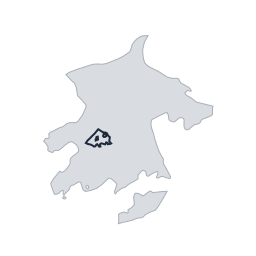 location of Yevlakh Rayon within Azerbaijan, rotated 287°
{"feature_id": "AZE-1688", "entity_name": "Yevlakh Rayon", "entity_type": "District", "adm_level": 1, "iso_a3": "AZE", "parent_name": "Azerbaijan", "parent_adm1": "", "projection": "orthographic", "projection_center": [47.016, 40.691], "detail": "fine", "context": "in_parent", "style": "outline", "palette": "slate", "viewbox_px": 256, "rotation_deg": 287, "n_neighbors": 0, "source": "natural_earth", "source_scale": "10m", "svg_char_len": 3987}
<svg xmlns="http://www.w3.org/2000/svg" viewBox="0 0 256 256"><g transform="rotate(287 128 128)"><path d="M173.7,202.9L172.8,202.8L165.7,204.7L164.2,204.2L158.1,196.6L156.8,195.7L154.2,195.4L152.7,194.2L151.4,192.1L150.7,190.6L144.4,186.5L143.5,185.0L143.3,183.6L144.2,182.4L145.3,181.4L148.3,180.3L151.8,179.4L152.9,178.7L153.5,177.6L153.4,175.8L152.8,174.1L147.7,170.9L147.1,169.6L147.0,167.9L147.2,166.1L148.0,164.7L152.1,162.8L154.3,160.8L152.9,158.7L148.4,153.8L143.0,148.4L139.5,148.4L135.5,150.1L129.0,154.7L125.5,156.7L120.8,160.0L115.7,163.7L111.5,167.6L108.9,170.8L104.2,172.2L101.9,174.9L94.0,182.9L91.8,182.8L91.7,178.8L91.8,175.6L91.3,173.8L88.8,171.3L88.8,170.2L89.5,169.5L91.4,169.9L93.9,169.8L95.1,168.8L92.5,165.5L90.1,163.3L88.1,161.8L87.7,160.9L87.7,160.3L88.1,159.5L91.5,157.7L91.9,156.1L91.7,154.2L86.3,151.4L82.2,152.4L78.6,149.3L76.3,146.9L73.4,144.3L70.8,142.9L68.4,139.6L64.1,136.3L61.3,135.3L61.4,134.8L61.9,134.2L63.1,133.7L70.8,133.9L71.7,133.3L72.2,131.9L73.3,129.8L74.5,126.8L74.5,124.2L66.8,119.9L61.3,115.9L57.5,110.8L55.0,106.1L55.1,104.5L55.9,103.0L61.9,98.8L62.3,97.7L62.2,97.0L60.1,94.8L57.5,92.5L56.7,90.8L55.1,89.9L51.9,89.8L46.4,86.9L45.2,86.6L45.0,86.0L45.3,85.5L49.2,84.4L49.2,83.5L48.0,82.3L45.8,81.3L43.8,79.1L43.1,77.0L50.4,71.4L52.5,70.3L57.2,71.4L66.8,75.4L66.1,77.6L67.1,78.8L69.3,80.5L73.6,82.2L77.2,83.1L79.0,82.4L81.8,81.8L85.4,83.7L88.7,86.2L90.4,87.2L91.3,87.5L93.8,86.7L96.9,83.6L98.1,79.8L98.5,78.0L96.7,75.5L93.1,72.7L89.0,70.3L86.4,68.2L84.7,64.0L83.1,63.5L82.6,63.0L82.4,61.6L82.5,59.6L83.1,58.0L84.7,57.4L86.4,57.2L87.9,55.7L89.8,52.9L90.6,51.3L94.1,52.2L94.6,54.8L95.2,55.3L96.7,55.1L99.1,54.0L101.1,54.8L103.6,57.9L107.0,61.1L108.9,63.3L109.6,64.7L111.4,66.2L114.0,67.9L116.1,70.6L117.9,76.7L119.8,78.2L126.5,80.5L128.9,81.0L135.5,81.7L137.8,81.1L141.2,75.7L144.2,70.2L147.0,69.0L152.1,66.3L155.1,63.8L156.4,61.0L159.2,55.9L160.9,53.0L164.0,55.5L169.3,62.3L177.1,73.4L179.0,76.5L180.3,80.2L181.4,84.6L183.3,88.5L191.2,98.3L194.6,101.9L200.2,106.5L202.1,107.5L204.7,107.7L209.3,107.6L213.7,109.3L215.8,110.5L218.1,112.3L220.1,114.5L222.3,120.2L214.8,118.6L207.3,119.1L203.1,120.5L199.0,122.4L195.1,124.9L192.8,129.7L191.0,140.6L188.1,150.9L188.4,155.6L189.8,160.1L189.7,162.3L188.4,163.2L186.6,165.2L184.5,174.6L183.4,176.5L181.9,177.7L181.4,176.6L181.5,174.1L178.1,172.0L176.3,174.5L175.2,179.7L172.9,185.2L172.8,186.2L173.7,202.9ZM60.9,107.1L61.2,105.7L60.3,105.0L59.3,105.0L58.4,105.7L58.4,107.5L59.6,107.8L60.9,107.1ZM35.3,149.1L34.1,147.6L33.7,146.8L37.0,146.2L42.6,144.3L44.1,145.3L45.7,147.4L46.5,149.1L46.6,152.4L47.2,152.9L50.0,151.9L51.2,153.2L53.2,154.9L56.8,156.5L62.1,154.1L64.7,153.5L66.8,153.6L68.0,154.4L68.4,156.9L67.9,160.1L67.3,161.8L68.4,163.0L72.6,166.1L74.4,167.8L73.5,170.7L76.6,177.8L77.7,180.5L78.9,183.9L72.3,182.5L60.5,179.5L57.2,178.0L54.2,174.0L52.4,172.0L49.7,169.6L47.5,168.6L45.9,166.8L45.0,164.3L43.6,162.0L41.2,159.3L35.9,150.1L35.3,149.1ZM43.6,88.7L42.9,89.2L41.8,88.6L41.5,87.5L41.6,86.3L42.7,86.1L43.6,86.4L43.8,87.5L43.6,88.7Z" fill="#d9dde1" stroke="#a8b0b8" stroke-width="1"/><path d="M108.3,116.4L107.7,115.7L107.2,114.9L107.0,114.2L106.7,113.5L107.5,113.2L107.9,112.2L108.0,111.6L107.7,111.2L106.7,111.3L105.7,111.0L105.6,109.1L105.6,107.2L104.8,106.2L103.6,106.1L102.3,107.0L101.7,106.0L102.7,104.6L103.5,103.2L102.4,102.4L101.1,102.2L100.3,101.0L100.9,99.2L101.2,97.5L101.1,95.6L101.0,93.9L101.3,92.1L104.2,93.0L107.0,94.6L110.0,96.1L113.0,97.8L115.5,98.8L118.1,99.9L117.6,101.7L117.1,103.5L116.7,105.0L116.7,106.6L117.1,107.9L116.8,109.3L116.2,109.9L116.0,110.2L115.1,110.7L113.9,113.3L112.0,113.6L109.9,113.9L108.3,116.4ZM115.1,109.6L115.4,109.1L115.3,108.8L115.3,108.3L115.4,108.0L115.6,107.6L115.7,107.2L115.8,106.7L115.6,106.5L115.2,106.5L114.5,106.5L113.0,106.5L112.4,107.4L112.9,108.9L113.9,109.5L115.1,109.6ZM108.9,100.8L107.7,100.3L106.6,100.8L108.2,102.7L110.9,101.6L110.6,101.0L110.2,100.5L109.6,100.5L108.9,100.8Z" fill="none" stroke="#1e293b" stroke-width="2"/></g></svg>